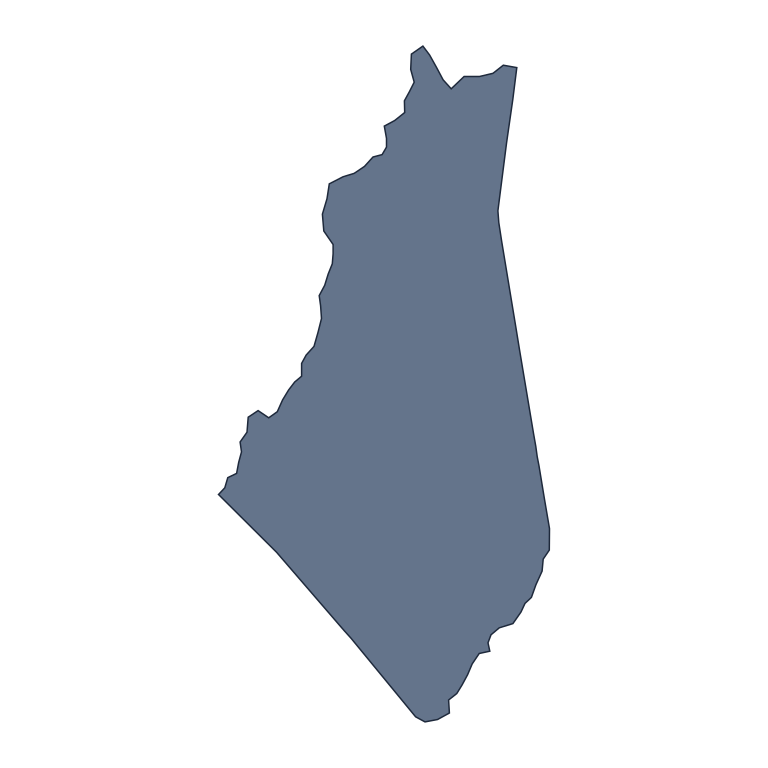 Firmino Alves, Bahia, Brazil (orthographic projection)
{"feature_id": "56859067B48990974542345", "entity_name": "Firmino Alves", "entity_type": "district", "adm_level": 2, "iso_a3": "BRA", "parent_name": "Brazil", "parent_adm1": "Bahia", "projection": "orthographic", "projection_center": [-39.914, -14.923], "detail": "fine", "context": "isolated", "style": "filled", "palette": "slate", "viewbox_px": 768, "rotation_deg": 0, "n_neighbors": 0, "source": "geoboundaries", "source_scale": "gbopen_adm2", "svg_char_len": 1280}
<svg xmlns="http://www.w3.org/2000/svg" viewBox="0 0 768 768"><path d="M516.8,67.6L503.3,65.2L493.0,73.3L479.5,76.5L464.1,76.5L451.2,88.8L443.1,79.8L436.4,67.2L429.6,55.0L422.9,46.1L411.4,54.1L410.7,69.4L414.2,82.2L409.3,91.9L404.4,100.8L404.7,112.5L394.7,120.5L384.3,126.1L386.5,138.4L386.5,147.1L382.1,154.6L373.0,157.0L364.5,166.4L354.1,173.4L343.2,176.7L329.3,183.8L327.0,198.7L322.4,214.2L323.8,231.0L333.1,244.5L333.1,253.8L332.3,263.8L328.2,274.0L324.7,285.3L319.2,295.6L320.6,305.8L321.5,318.5L318.0,332.4L314.0,346.4L306.2,355.0L301.6,363.4L301.6,376.2L294.7,382.0L288.6,390.0L282.6,399.9L277.3,411.7L268.7,417.8L258.1,410.6L248.2,417.2L247.0,432.2L240.1,442.0L241.5,451.9L238.7,462.3L236.6,473.4L227.8,477.6L224.8,487.8L218.5,494.5L276.5,552.2L338.6,624.2L344.6,631.1L351.0,638.2L415.6,716.8L425.0,721.9L437.6,719.5L449.4,713.0L448.6,700.0L456.8,693.5L462.1,684.9L467.6,674.7L472.2,663.9L479.2,653.5L489.8,651.2L488.0,642.8L491.0,634.8L499.3,627.8L512.9,623.6L521.0,612.0L525.0,603.4L531.4,597.4L535.9,584.8L542.1,571.1L543.2,559.1L549.3,550.1L549.5,528.6L544.4,498.7L539.0,465.9L537.2,456.6L535.8,446.4L533.7,434.5L519.6,350.3L515.9,327.5L501.6,240.9L498.8,222.6L497.9,210.8L506.6,142.6L512.8,99.5L516.8,67.6Z" fill="#64748b" stroke="#1e293b" stroke-width="1.5"/></svg>